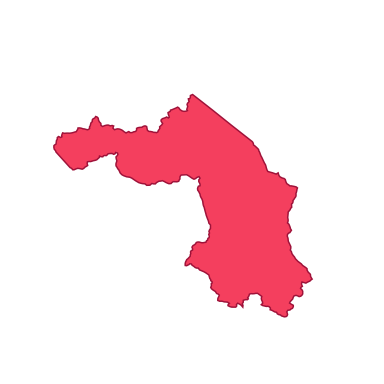 Nova Venécia, Espírito Santo, Brazil, rotated 294°
{"feature_id": "56859067B73479400955028", "entity_name": "Nova Venécia", "entity_type": "district", "adm_level": 2, "iso_a3": "BRA", "parent_name": "Brazil", "parent_adm1": "Espírito Santo", "projection": "equal_earth", "projection_center": [-40.551, -18.657], "detail": "fine", "context": "isolated", "style": "filled", "palette": "rose", "viewbox_px": 384, "rotation_deg": 294, "n_neighbors": 0, "source": "geoboundaries", "source_scale": "gbopen_adm2", "svg_char_len": 6081}
<svg xmlns="http://www.w3.org/2000/svg" viewBox="0 0 384 384"><g transform="rotate(294 192 192)"><path d="M146.4,333.5L147.5,332.1L148.0,330.4L149.2,330.3L150.7,331.2L151.9,329.9L152.9,329.3L154.5,329.1L155.1,333.1L156.4,334.0L158.7,336.0L160.1,336.5L161.3,337.2L162.2,335.8L163.3,334.5L164.5,334.0L165.3,333.0L165.9,331.0L167.3,329.0L168.7,328.3L169.2,326.8L169.9,322.9L170.8,321.1L171.7,317.0L173.1,313.6L174.3,312.1L175.2,310.2L176.4,308.3L178.0,307.0L178.9,305.4L180.1,305.3L181.1,305.0L182.4,304.4L183.5,303.1L184.9,301.5L185.7,300.5L186.5,299.8L188.8,298.5L190.4,297.0L191.9,296.5L193.6,296.9L194.7,297.9L197.5,298.4L198.5,296.9L199.7,296.0L200.8,294.9L202.0,293.6L202.6,291.8L204.0,291.7L205.4,291.3L206.6,290.5L207.6,289.8L211.6,288.5L212.7,288.0L215.5,288.8L217.3,288.8L218.6,289.3L220.1,288.5L221.6,287.8L222.7,288.4L224.1,288.3L225.3,287.7L226.6,288.1L228.2,288.3L230.0,288.7L231.6,288.3L232.6,287.6L234.1,287.5L235.7,287.2L237.2,286.8L238.6,286.7L239.0,285.3L238.8,283.7L238.0,280.3L237.4,278.9L237.8,277.5L238.2,275.2L239.1,274.1L240.1,273.1L241.4,272.1L241.8,270.5L241.5,269.1L241.6,266.4L242.4,264.7L244.5,262.9L242.6,261.6L242.3,257.9L241.8,254.6L241.6,252.9L242.8,251.4L244.5,249.9L245.7,249.0L246.8,248.0L247.9,246.4L249.1,245.0L252.0,241.7L253.2,240.1L255.9,237.5L256.7,236.4L258.0,235.4L258.6,233.9L259.6,231.0L260.0,229.1L261.5,228.1L262.5,226.7L268.9,201.3L275.2,177.3L281.3,152.9L279.5,151.3L277.7,152.0L276.3,151.9L275.7,150.8L274.5,151.5L273.7,152.5L272.5,152.3L271.3,151.8L269.9,151.9L268.4,153.3L266.7,153.5L265.4,153.6L264.5,154.7L263.6,153.9L262.9,152.8L262.3,151.6L262.0,149.9L262.4,147.5L263.4,146.0L263.7,144.4L262.0,143.0L259.0,140.2L258.1,139.1L256.8,139.3L254.8,137.8L253.5,138.6L252.0,140.1L251.0,140.8L250.0,140.2L250.2,138.3L249.0,137.4L247.0,135.2L245.6,134.5L244.3,134.8L242.6,137.3L241.1,137.1L238.4,135.9L237.1,136.7L235.8,136.6L234.5,136.2L233.1,136.4L231.8,135.5L231.5,134.1L230.9,132.8L230.8,131.2L230.4,129.5L229.8,127.8L230.3,126.1L233.4,123.9L233.3,122.2L232.2,120.8L230.7,119.8L229.9,118.2L228.8,116.5L227.6,115.5L226.0,116.2L224.4,115.9L223.2,114.2L221.9,113.1L221.1,111.3L221.5,109.7L220.4,108.7L219.1,107.7L219.4,105.5L220.0,103.4L220.1,101.7L220.0,100.2L219.5,98.5L218.8,97.4L217.4,95.9L218.1,93.9L219.4,93.6L220.4,93.6L220.3,92.0L219.2,90.5L219.1,88.3L218.4,86.9L217.1,85.2L215.5,83.7L215.8,81.8L217.6,80.8L218.3,79.0L219.6,77.4L221.3,76.3L221.9,74.8L221.8,73.3L219.9,73.0L218.7,71.9L217.2,71.6L215.8,72.3L214.1,71.6L212.5,71.8L211.4,72.1L209.6,71.9L208.7,72.6L207.4,72.2L206.4,71.4L206.1,70.0L205.9,68.3L205.4,66.7L205.3,65.2L204.9,63.4L204.1,61.8L203.1,62.1L200.0,61.7L199.2,60.6L198.1,59.4L197.0,58.0L195.9,56.2L195.2,54.4L194.3,52.6L193.7,51.6L193.4,49.8L191.9,49.8L190.5,50.0L189.5,50.7L188.4,49.9L188.4,47.5L186.9,46.8L185.3,47.5L184.1,47.2L182.3,47.7L180.6,48.3L179.5,47.6L178.3,47.0L176.7,47.6L175.1,48.7L174.2,50.6L173.2,51.5L164.7,70.7L164.6,72.4L163.8,74.0L164.4,75.3L165.9,76.6L167.1,77.9L167.6,79.4L168.2,82.4L169.3,83.4L171.5,84.3L172.6,85.2L173.8,85.9L175.6,84.5L177.1,84.2L178.1,85.8L178.6,87.1L180.5,89.2L181.4,90.5L182.7,91.9L185.9,93.3L187.2,92.9L187.3,94.7L187.9,96.2L189.1,96.4L189.9,97.4L190.3,98.8L191.3,99.4L192.8,99.8L193.9,101.6L194.7,103.4L194.6,105.2L195.7,106.2L197.0,106.1L197.3,108.1L196.0,109.1L194.5,108.8L193.1,108.3L191.5,109.3L189.9,110.7L187.1,111.0L185.6,111.6L184.7,112.3L184.0,113.6L183.1,114.6L182.4,116.1L181.6,117.1L180.2,118.6L179.3,120.8L179.1,122.8L179.3,126.0L180.2,129.2L180.2,131.2L179.3,136.1L178.9,139.6L179.2,141.8L179.5,143.3L180.3,145.7L179.7,147.9L181.1,150.8L183.4,151.8L183.9,153.9L184.6,155.3L186.1,155.7L188.4,157.4L189.3,159.1L190.3,160.3L190.3,162.4L190.1,164.4L190.1,166.2L190.2,167.6L191.2,169.4L192.6,169.9L193.8,170.6L195.2,174.1L196.4,175.5L197.7,175.4L199.0,175.7L200.1,175.1L201.4,174.8L203.1,175.2L204.0,177.0L204.9,178.7L205.6,180.2L205.4,182.5L204.6,186.6L204.5,188.6L205.7,189.8L207.2,190.5L208.9,192.1L207.9,193.7L205.8,193.3L204.2,194.0L203.2,195.4L202.2,196.3L201.0,196.8L199.9,195.5L198.4,195.5L197.3,195.7L196.0,196.5L195.1,198.0L193.2,200.3L191.9,201.1L190.8,202.3L189.3,204.3L187.7,205.7L186.0,206.7L184.8,207.5L183.9,208.3L183.0,209.3L179.6,212.0L177.8,213.5L176.5,214.5L173.7,217.2L172.8,218.2L171.8,219.1L170.4,220.1L169.4,222.3L166.2,223.7L164.3,223.4L162.9,223.5L161.6,224.7L160.2,224.5L158.6,225.8L157.3,226.2L156.1,225.4L154.5,225.8L153.3,225.1L151.7,225.1L151.0,223.9L150.1,222.7L149.5,221.1L149.2,218.8L148.4,217.2L147.5,216.4L146.4,216.4L144.9,215.8L143.5,214.7L141.6,214.4L140.3,215.7L139.1,216.1L138.0,215.1L136.7,215.0L135.3,215.9L133.8,216.0L132.5,216.5L129.2,215.3L128.1,214.7L125.2,214.6L123.5,215.0L122.1,215.7L122.5,217.1L123.4,217.8L124.4,218.7L125.5,219.1L126.0,220.7L125.1,221.9L124.9,223.6L124.3,225.7L124.4,227.1L125.0,228.7L123.9,230.6L124.0,235.2L123.8,237.2L123.1,241.1L120.4,243.3L119.6,244.6L118.6,245.3L118.3,246.7L117.1,247.4L116.0,246.9L114.7,247.7L113.6,247.9L112.5,247.9L111.6,249.0L111.1,250.6L110.6,253.9L109.3,255.8L109.4,257.3L108.9,258.9L107.4,259.0L105.7,258.9L104.7,259.1L103.4,259.7L103.5,261.8L104.2,263.2L104.6,264.6L104.7,266.0L105.4,267.9L105.8,269.3L105.5,271.4L103.9,270.8L102.8,271.1L102.7,273.5L103.0,275.1L104.6,278.8L106.0,279.2L107.3,278.4L109.0,279.0L108.9,281.2L108.6,282.9L107.5,285.2L109.1,284.7L110.6,283.3L111.9,283.7L113.9,282.9L115.4,284.6L116.2,286.4L117.3,286.9L118.2,285.8L119.4,286.2L120.7,286.2L122.0,286.0L123.1,287.2L123.7,288.8L124.3,290.0L125.3,291.4L126.1,293.1L125.5,296.0L125.0,298.2L123.0,298.6L121.7,299.5L120.4,301.0L119.0,301.8L117.2,301.1L117.0,302.7L117.7,306.4L118.4,307.7L118.6,309.3L117.9,310.8L116.2,311.3L116.4,312.9L116.3,314.5L116.1,316.2L116.5,318.2L115.4,319.5L115.3,321.3L115.7,322.8L115.2,324.1L115.5,327.1L116.4,328.6L117.4,329.2L118.8,329.2L120.1,328.3L121.0,327.3L122.9,327.6L124.1,329.5L125.3,330.0L126.6,331.1L128.4,331.2L129.7,330.6L129.9,328.5L130.2,326.3L131.6,326.3L135.2,327.5L137.0,327.3L138.7,327.5L139.9,329.1L140.1,330.8L140.0,332.4L141.0,333.7L142.4,334.4L143.9,334.6L146.4,333.5Z" fill="#f43f5e" stroke="#9f1239" stroke-width="1.5"/></g></svg>